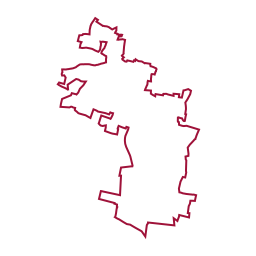 Tinum, Yucatán, Mexico, rotated 275°
{"feature_id": "50627088B49969803808999", "entity_name": "Tinum", "entity_type": "district", "adm_level": 2, "iso_a3": "MEX", "parent_name": "Mexico", "parent_adm1": "Yucatán", "projection": "mercator", "projection_center": [-88.459, 20.741], "detail": "fine", "context": "isolated", "style": "outline", "palette": "rose", "viewbox_px": 256, "rotation_deg": 275, "n_neighbors": 0, "source": "geoboundaries", "source_scale": "gbopen_adm2", "svg_char_len": 5867}
<svg xmlns="http://www.w3.org/2000/svg" viewBox="0 0 256 256"><g transform="rotate(275 128 128)"><path d="M170.3,180.0L163.0,179.0L163.1,176.0L166.1,176.1L166.1,170.4L164.0,170.6L164.9,164.9L165.3,163.5L165.4,162.9L165.1,161.4L165.2,160.8L165.0,160.2L163.6,160.0L164.2,152.5L162.8,152.3L162.0,152.3L163.1,149.8L164.2,147.8L167.3,147.6L167.2,141.6L168.2,141.8L169.8,142.4L171.2,142.8L172.1,143.2L172.8,143.5L173.1,143.4L173.8,143.6L174.3,143.5L175.6,143.5L176.7,143.7L176.6,144.3L176.5,145.3L176.4,146.1L176.4,146.9L177.2,146.8L178.8,146.6L179.1,146.6L180.0,146.6L180.5,146.7L182.0,146.6L182.9,146.7L183.4,146.7L183.7,146.8L183.8,148.0L183.8,149.1L183.6,149.9L184.5,150.1L185.0,150.3L185.3,150.3L185.9,150.3L186.2,150.4L186.8,150.9L187.1,150.9L187.9,150.9L188.8,151.3L189.1,151.3L189.8,150.9L190.1,150.3L190.3,149.5L190.7,148.6L191.1,147.3L191.5,145.6L191.5,145.1L193.0,144.6L193.9,144.6L194.2,139.5L193.9,139.1L195.5,135.9L195.5,132.9L195.7,132.2L196.7,130.3L197.1,129.6L195.5,129.3L196.0,128.2L194.4,127.6L195.0,123.7L195.1,122.7L195.1,122.4L195.3,121.4L194.0,120.8L194.0,119.3L195.7,116.5L196.3,116.2L198.0,117.7L199.0,116.1L199.5,115.6L200.4,116.2L200.9,116.8L202.1,117.2L202.5,117.0L209.3,117.0L210.5,117.1L211.3,117.1L215.5,117.4L216.0,114.7L215.7,113.8L215.5,112.2L215.1,110.9L215.1,109.9L216.9,110.4L218.5,110.9L218.5,111.5L218.6,112.9L218.8,113.6L220.3,114.0L220.4,112.9L220.1,111.7L220.2,111.1L220.2,110.1L220.3,109.3L220.9,109.4L221.6,106.8L223.1,107.3L223.6,107.7L224.2,107.9L227.2,107.7L225.8,105.3L224.8,103.8L225.0,103.2L226.1,101.4L226.2,101.0L226.8,100.2L227.3,98.5L227.4,97.7L227.4,95.8L227.6,94.7L227.5,93.9L227.9,93.4L230.1,89.3L231.2,87.3L233.1,88.6L234.6,85.8L231.3,84.0L230.7,83.6L228.0,82.2L227.2,82.1L226.5,81.8L224.8,81.6L222.3,81.3L217.9,81.5L218.0,79.7L218.0,78.3L218.0,77.5L217.6,75.0L216.7,74.6L216.6,74.3L216.2,72.7L216.2,72.1L216.1,71.4L210.2,70.4L209.5,74.2L207.3,73.3L203.9,73.0L203.9,73.4L203.7,75.0L203.7,75.8L203.8,76.1L203.9,76.5L203.9,76.8L204.3,78.7L204.4,79.6L204.2,81.2L204.1,82.4L203.9,83.9L203.7,85.3L203.2,86.7L202.6,87.9L202.1,89.3L201.3,91.8L202.2,92.5L202.9,92.9L203.3,93.2L203.6,93.3L204.2,93.4L205.7,93.5L206.6,93.5L207.6,93.8L208.6,93.7L209.5,93.8L209.9,93.7L210.6,93.4L211.6,93.1L211.5,94.4L211.8,95.3L211.8,95.6L211.7,97.3L211.7,98.5L211.6,99.2L210.2,98.8L208.3,98.4L207.5,98.1L206.7,97.8L205.5,97.5L204.3,96.6L203.6,96.2L203.2,95.9L202.9,95.7L201.5,95.1L200.2,94.9L199.9,95.3L199.8,95.5L199.5,95.9L199.3,96.6L199.0,97.2L198.3,98.3L197.7,100.0L196.4,100.2L195.8,100.2L195.3,100.1L194.6,100.1L191.5,100.4L191.4,99.8L191.0,99.3L190.7,98.6L190.3,97.5L189.7,95.5L189.4,94.9L189.0,94.1L188.8,93.3L188.5,92.9L188.3,92.3L188.1,91.1L187.9,90.6L187.6,90.1L187.6,89.6L187.5,89.1L187.5,88.3L187.6,88.1L187.6,87.4L187.7,86.8L187.8,85.7L188.1,84.3L188.1,83.0L187.8,79.2L187.6,78.5L187.5,76.7L187.2,74.9L187.1,74.6L186.8,74.1L185.7,72.7L185.0,71.8L184.0,70.8L183.8,70.4L182.6,67.9L182.3,66.6L182.1,66.1L182.1,65.8L181.5,63.6L181.3,62.9L181.3,62.4L181.1,61.8L181.0,61.5L180.9,61.2L180.8,60.1L180.8,59.3L180.7,58.1L180.6,57.3L177.7,57.8L177.0,57.4L176.2,57.3L175.4,57.4L174.5,57.8L174.9,59.9L172.8,61.5L166.3,60.6L167.3,55.4L166.7,55.1L165.5,54.3L164.7,55.6L164.2,56.8L163.6,58.0L162.6,61.0L162.5,61.4L162.1,62.3L161.8,63.3L161.5,63.9L161.1,64.4L161.0,64.8L160.3,65.1L165.9,64.1L172.3,72.1L171.9,74.6L170.5,77.1L170.4,79.1L170.6,81.9L166.7,79.8L162.9,76.7L158.9,75.3L156.9,73.8L157.2,73.2L157.2,72.5L157.8,69.0L155.6,68.3L151.2,59.8L146.3,59.1L143.2,58.9L143.4,67.9L144.2,69.2L144.3,69.9L144.1,70.6L143.9,71.0L143.6,71.8L143.4,73.6L141.4,73.4L140.9,73.8L140.7,74.2L140.2,74.9L139.9,75.4L139.5,76.0L138.7,76.9L138.4,77.4L138.1,78.6L137.5,81.8L137.3,82.9L137.0,84.6L135.2,88.5L135.1,88.8L134.7,89.7L135.6,89.9L139.8,91.0L141.3,91.4L143.6,92.0L142.9,94.3L142.4,95.6L141.8,96.5L141.1,102.2L140.9,104.0L139.9,108.0L142.0,109.0L141.6,110.2L141.4,111.8L139.5,111.5L136.5,110.3L135.6,109.8L136.0,108.7L138.1,100.3L134.3,99.4L131.8,98.9L129.9,98.4L129.1,99.3L128.4,100.1L128.1,100.6L127.8,102.5L127.8,102.8L128.1,103.5L128.3,104.1L128.7,105.7L127.7,105.7L126.5,105.8L126.0,105.7L125.0,105.6L123.6,105.3L123.0,105.3L121.3,111.7L121.0,113.5L120.9,115.2L120.6,117.7L126.0,118.3L126.2,117.8L126.6,117.7L129.3,118.5L128.1,122.4L127.3,125.8L129.0,126.3L128.5,128.5L126.6,128.3L119.9,126.1L118.1,125.9L116.9,125.9L115.0,126.0L112.0,126.6L109.1,127.8L101.0,132.3L99.6,132.9L91.3,135.7L91.1,135.8L90.2,135.7L90.0,134.2L88.0,124.5L79.7,123.6L79.9,125.2L60.4,125.9L62.5,109.1L62.8,107.2L62.8,106.5L54.8,105.3L52.1,121.2L51.4,121.1L50.8,123.7L48.3,123.8L48.2,124.2L47.6,124.1L47.0,123.8L46.3,123.7L41.9,123.5L39.3,123.2L38.3,123.0L38.1,122.8L37.4,124.1L36.8,125.4L36.2,127.1L35.6,128.3L33.9,131.6L32.2,135.2L31.9,138.6L30.9,140.6L29.1,144.4L27.4,148.2L26.3,150.6L21.4,154.7L32.7,155.2L33.4,155.4L34.7,156.2L35.6,156.2L35.1,179.6L35.0,182.7L42.1,181.4L39.7,185.3L41.3,185.7L44.0,186.5L45.8,186.6L44.2,196.6L48.5,196.6L48.5,195.0L55.4,195.3L58.0,196.3L61.0,196.5L61.1,197.5L61.2,201.0L61.4,201.0L67.0,201.7L67.4,199.2L67.2,197.8L67.3,197.2L67.3,195.3L67.4,191.6L67.5,190.7L67.7,188.3L68.0,187.3L68.2,186.6L68.4,184.8L72.1,184.0L79.2,185.0L84.0,186.9L83.7,189.3L88.9,189.9L90.2,189.5L100.9,188.9L101.7,188.3L104.6,187.8L105.5,190.6L107.7,190.5L113.7,189.2L116.9,191.1L118.0,192.0L121.2,194.5L122.5,195.4L122.8,196.1L123.7,196.2L125.4,196.7L125.7,196.7L128.1,197.4L132.6,198.9L135.3,186.2L134.8,183.5L134.8,182.9L134.9,181.8L135.6,178.6L137.7,178.3L138.5,178.0L138.6,177.7L138.5,177.4L138.6,177.2L139.3,177.0L142.8,176.8L143.0,177.1L142.9,177.8L142.5,179.1L142.3,181.0L141.0,181.8L140.5,182.2L140.0,182.7L139.8,183.1L139.8,183.5L140.0,184.0L143.9,184.3L146.7,184.7L146.9,183.8L151.8,184.1L153.6,183.9L155.4,183.6L158.4,182.9L161.7,184.7L167.1,187.0L170.6,187.5L172.0,184.6L170.5,181.0L170.3,180.0Z" fill="none" stroke="#9f1239" stroke-width="2"/></g></svg>